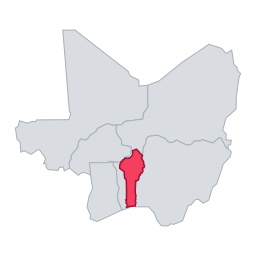 Benin shown with its bordering countries
{"feature_id": "BEN", "entity_name": "Benin", "entity_type": "country or territory", "adm_level": 0, "iso_a3": "BEN", "parent_name": "Africa", "parent_adm1": "", "projection": "natural_earth1", "projection_center": [2.346, 9.3], "detail": "fine", "context": "with_neighbors", "style": "filled", "palette": "rose", "viewbox_px": 256, "rotation_deg": 0, "n_neighbors": 6, "source": "natural_earth", "source_scale": "50m", "svg_char_len": 4843}
<svg xmlns="http://www.w3.org/2000/svg" viewBox="0 0 256 256"><path d="M20.8,152.1L20.1,142.0L17.1,139.4L15.4,128.1L18.1,126.4L19.6,120.8L27.7,123.2L32.3,121.3L35.4,122.0L36.6,119.9L68.9,119.7L70.8,113.1L69.4,111.9L62.8,30.2L74.9,30.0L128.2,71.4L130.1,75.8L138.8,80.1L138.9,86.1L147.8,85.2L147.9,107.0L143.5,113.3L142.8,119.1L124.7,121.4L121.7,124.8L111.3,125.2L109.3,123.4L104.9,124.7L97.3,128.6L95.8,131.6L89.5,135.8L88.4,138.2L85.0,140.2L81.1,138.9L78.9,141.2L77.6,147.7L71.2,155.5L71.3,158.7L69.1,162.7L69.6,168.2L64.3,170.8L63.1,166.7L59.4,167.6L57.9,170.4L48.3,169.7L45.9,167.0L46.3,164.2L45.3,163.1L43.6,164.0L45.6,158.5L39.6,149.9L38.0,149.6L31.2,154.3L24.2,150.8L20.8,152.1Z" fill="#d9dde1" stroke="#a8b0b8" stroke-width="1"/><path d="M231.7,50.1L234.0,64.8L237.1,67.3L237.2,70.3L240.6,73.5L239.0,77.6L236.3,96.8L236.1,109.1L226.0,118.0L222.7,130.4L226.1,133.9L226.1,140.0L231.3,140.2L230.6,144.7L228.3,145.2L228.1,148.2L226.6,148.4L221.0,138.1L219.1,137.7L212.8,143.0L202.2,139.7L199.9,141.0L195.1,140.7L190.4,144.8L186.3,145.0L176.5,140.1L172.7,142.4L168.5,142.3L165.5,138.7L157.4,135.2L148.7,136.3L146.6,138.3L145.5,143.8L143.2,147.6L142.6,156.0L136.5,150.6L133.6,150.6L130.8,153.4L131.0,146.9L121.7,144.8L121.5,140.2L116.9,134.0L115.9,129.7L116.5,125.1L121.7,124.8L124.7,121.4L142.8,119.1L143.5,113.3L147.9,107.0L147.8,85.2L159.0,81.0L182.0,62.4L209.0,44.3L221.6,48.4L226.2,53.6L231.7,50.1Z" fill="#d9dde1" stroke="#a8b0b8" stroke-width="1"/><path d="M135.2,206.9L135.5,185.7L137.0,179.8L143.4,171.1L142.6,168.5L144.1,164.7L142.3,159.1L143.2,147.6L145.5,143.8L146.6,138.3L148.7,136.3L157.4,135.2L165.5,138.7L168.5,142.3L172.7,142.4L176.5,140.1L186.3,145.0L190.4,144.8L195.1,140.7L199.9,141.0L202.2,139.7L212.8,143.0L219.1,137.7L221.0,138.1L226.6,148.4L228.1,148.2L231.3,152.0L230.1,156.8L223.3,164.1L216.8,183.8L212.5,187.6L208.8,200.1L203.2,203.3L198.6,199.4L195.5,199.6L190.7,205.1L188.4,205.2L182.5,220.9L174.0,224.3L170.9,223.8L167.8,226.0L161.3,225.7L156.9,219.9L154.2,213.0L148.5,206.8L135.2,206.9Z" fill="#d9dde1" stroke="#a8b0b8" stroke-width="1"/><path d="M120.7,162.3L119.6,167.2L124.9,173.3L125.2,177.9L126.9,179.9L126.5,201.5L128.5,208.0L121.9,210.0L118.0,200.8L117.3,196.1L119.1,187.6L117.1,184.1L116.4,169.9L113.0,165.0L113.6,162.1L120.7,162.3Z" fill="#d9dde1" stroke="#a8b0b8" stroke-width="1"/><path d="M113.6,162.1L113.0,165.0L116.4,169.9L117.1,184.1L119.1,187.6L117.3,196.1L118.0,200.8L121.9,210.0L97.3,221.5L90.1,218.9L90.5,215.1L87.0,207.0L89.1,196.4L92.6,188.5L89.4,167.9L89.6,162.6L113.6,162.1Z" fill="#d9dde1" stroke="#a8b0b8" stroke-width="1"/><path d="M69.6,168.2L69.1,162.7L71.3,158.7L71.2,155.5L77.6,147.7L78.9,141.2L81.1,138.9L85.0,140.2L88.4,138.2L89.5,135.8L95.8,131.6L97.3,128.6L104.9,124.7L109.3,123.4L111.3,125.2L116.5,125.1L115.9,129.7L116.9,134.0L121.5,140.2L121.7,144.8L131.0,146.9L130.8,153.4L129.1,156.2L125.1,157.1L123.5,161.2L120.7,162.3L109.8,161.3L107.2,162.8L89.6,162.6L90.4,175.0L84.9,172.6L81.1,173.0L78.3,175.3L69.6,168.2Z" fill="#d9dde1" stroke="#a8b0b8" stroke-width="1"/><path d="M126.5,207.3L126.4,207.0L127.8,206.6L127.5,205.4L126.6,203.9L126.3,203.6L126.1,202.9L126.4,202.4L126.3,202.1L126.2,201.1L125.8,200.0L126.5,200.0L126.5,196.5L126.5,193.1L126.5,190.2L126.5,188.0L126.4,185.3L126.4,183.3L126.3,180.6L126.1,179.8L124.9,178.4L124.6,177.7L124.6,176.7L124.3,175.7L124.3,174.0L124.3,172.0L124.2,171.7L122.9,170.7L121.1,169.4L119.8,168.3L119.7,168.3L119.6,168.0L119.8,165.0L120.0,164.6L120.5,163.3L120.7,162.3L120.9,162.3L121.2,162.0L121.4,161.5L121.6,161.6L122.0,161.7L122.2,161.1L122.3,160.8L122.6,160.6L122.7,160.2L122.7,159.9L122.9,159.8L123.4,159.8L123.8,159.6L124.1,159.4L124.5,158.7L124.7,158.4L124.7,158.2L125.0,158.0L125.6,157.9L126.0,158.0L126.4,158.4L128.4,158.0L129.4,158.3L131.5,156.3L131.9,155.7L132.5,154.3L132.7,153.8L132.9,152.8L132.5,151.0L132.6,150.7L133.4,150.3L134.4,150.0L134.8,150.0L135.1,149.8L135.5,149.5L136.1,149.2L136.5,149.3L138.9,151.7L139.8,152.9L140.1,153.5L140.6,153.9L141.3,154.2L142.0,154.8L142.5,155.7L142.2,156.3L141.7,157.5L141.6,158.5L142.9,160.6L143.0,160.8L143.3,161.1L143.5,161.5L143.6,162.5L143.7,163.6L143.8,164.4L144.4,165.5L144.5,165.9L144.0,167.6L143.9,167.7L143.8,167.8L143.2,167.6L142.9,167.8L142.6,168.4L142.4,168.9L142.4,169.1L142.9,170.2L142.6,171.6L142.2,172.5L141.6,173.1L141.0,173.2L140.6,173.4L140.3,173.8L140.4,174.8L139.5,175.8L139.0,176.4L138.8,176.8L138.9,178.1L138.6,179.3L138.1,180.3L136.9,180.5L135.9,180.6L135.5,183.1L135.5,184.7L135.5,186.4L135.3,187.0L135.4,187.9L135.3,190.1L135.2,191.7L135.3,192.2L135.4,193.1L135.4,194.1L135.7,194.8L136.0,195.5L136.0,195.8L135.8,196.0L135.7,196.2L135.7,198.6L135.7,199.3L135.7,199.8L135.4,200.1L135.5,201.3L135.7,202.1L135.9,202.7L135.7,203.1L135.6,203.8L135.3,205.3L135.3,205.9L131.9,206.3L128.1,206.9L126.5,207.3Z" fill="#f43f5e" stroke="#9f1239" stroke-width="1.5"/></svg>